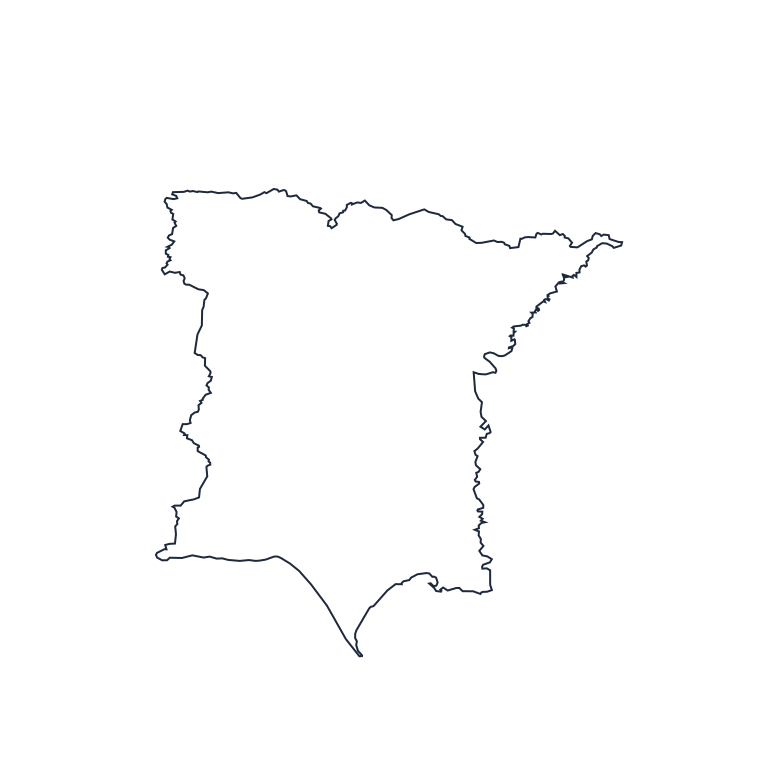 Soanierana Ivongo, Analanjirofo, Madagascar (Equal Earth projection), rotated 71°
{"feature_id": "10022922B56427545477040", "entity_name": "Soanierana Ivongo", "entity_type": "district", "adm_level": 2, "iso_a3": "MDG", "parent_name": "Madagascar", "parent_adm1": "Analanjirofo", "projection": "equal_earth", "projection_center": [49.223, -16.67], "detail": "fine", "context": "isolated", "style": "outline", "palette": "slate", "viewbox_px": 768, "rotation_deg": 71, "n_neighbors": 0, "source": "geoboundaries", "source_scale": "gbopen_adm2", "svg_char_len": 6165}
<svg xmlns="http://www.w3.org/2000/svg" viewBox="0 0 768 768"><g transform="rotate(71 384 384)"><path d="M327.4,112.7L326.2,115.8L320.4,123.5L316.4,123.1L314.3,127.6L314.8,130.4L312.6,131.3L310.2,134.8L311.9,138.4L314.9,140.4L315.0,145.2L317.8,156.6L315.1,162.9L314.0,163.3L311.6,160.2L306.3,162.3L304.3,165.5L302.7,164.9L300.4,166.1L300.5,169.3L294.8,172.4L296.7,175.2L296.6,177.1L293.6,185.1L293.8,186.6L291.2,189.4L291.5,190.8L294.7,193.2L291.9,200.1L291.2,203.3L291.6,206.5L291.0,207.7L298.3,212.3L296.6,220.5L294.2,220.5L291.3,224.2L289.5,224.5L287.9,226.4L286.7,230.5L284.1,233.3L282.3,245.7L280.7,250.9L274.6,256.0L273.4,255.4L270.5,258.8L268.5,258.5L264.0,260.7L260.9,258.5L256.0,264.3L251.1,266.5L248.6,271.6L244.4,273.9L243.5,275.7L241.3,277.0L235.9,285.7L232.0,289.1L231.8,304.9L232.8,316.3L232.3,321.8L229.6,322.8L226.7,321.7L220.2,325.2L216.9,328.2L213.9,335.7L210.3,339.7L204.3,342.4L205.3,346.8L203.6,350.3L203.8,355.8L202.9,355.3L201.9,356.4L202.6,360.9L204.8,361.6L207.3,364.3L206.9,366.1L208.3,366.7L208.2,370.5L210.6,372.7L211.5,375.6L212.8,377.2L217.2,376.4L218.1,377.0L219.6,382.8L217.3,383.5L216.2,385.6L211.8,383.3L211.2,380.0L210.1,380.1L204.0,384.0L200.6,389.4L198.6,389.2L197.6,386.5L196.9,386.9L192.8,393.4L189.6,394.6L188.0,397.0L185.8,397.5L182.0,403.1L177.1,405.4L176.3,411.1L174.9,414.0L169.8,413.8L168.6,414.6L167.9,416.0L167.9,420.7L165.6,421.5L163.7,424.7L165.3,433.0L163.7,434.6L164.6,439.5L164.7,447.7L162.7,457.8L161.5,459.2L155.2,461.5L154.6,464.7L152.1,468.7L149.5,478.7L145.9,484.6L145.3,488.4L141.5,496.8L141.8,497.9L139.3,501.9L138.9,504.8L137.2,506.9L137.2,510.6L133.9,521.1L135.7,522.5L138.5,519.2L141.1,519.0L140.7,522.7L137.3,528.9L137.9,530.5L140.2,532.1L143.0,530.9L146.7,531.3L150.2,528.0L150.9,529.6L152.8,529.6L154.6,527.9L159.6,530.5L162.5,528.1L163.3,529.5L166.9,529.0L167.8,532.6L173.3,535.6L173.5,538.8L175.2,540.8L177.6,539.8L180.9,535.9L183.2,539.3L183.8,544.0L184.6,542.6L185.7,542.5L186.6,546.8L189.8,547.9L191.7,545.9L193.3,546.9L194.6,544.6L196.0,546.1L197.5,545.6L197.7,548.7L199.0,550.3L200.7,549.8L202.5,553.1L202.2,555.7L203.8,556.9L208.9,555.6L207.9,550.0L210.8,545.5L211.6,540.7L214.3,540.8L215.9,538.4L217.4,538.1L219.3,538.1L221.4,540.0L224.1,540.1L225.7,538.7L226.7,535.8L234.0,528.7L236.5,523.9L241.0,521.0L244.9,524.3L246.1,526.5L252.4,529.5L254.8,531.8L269.4,537.2L276.4,544.2L293.0,552.9L295.9,550.7L297.1,547.9L299.8,546.8L301.3,544.7L308.4,547.4L315.3,544.1L317.0,544.3L319.7,547.1L321.3,544.5L324.5,546.7L325.7,550.6L327.6,552.3L330.2,550.7L332.4,551.7L336.0,550.6L336.1,556.2L338.8,560.1L340.0,560.5L340.1,563.4L342.4,562.7L343.7,566.3L347.9,567.4L349.7,569.2L349.3,572.2L350.7,576.4L354.9,579.3L357.9,579.6L357.8,583.3L356.4,587.4L362.1,591.9L365.9,588.6L367.2,589.7L368.3,586.6L371.2,588.0L374.6,583.9L378.0,583.1L382.1,579.1L383.2,579.3L383.5,580.9L386.8,582.0L393.6,575.8L395.4,576.1L398.6,574.2L400.1,575.1L401.7,574.0L403.7,574.5L403.8,577.5L404.6,578.9L413.8,581.2L423.3,592.2L431.0,595.8L431.2,601.1L429.9,611.1L432.8,615.9L430.8,621.5L431.2,623.8L432.8,622.4L437.5,621.8L441.6,623.7L444.3,621.7L446.3,624.4L449.1,625.0L450.7,627.8L458.3,629.6L466.8,633.6L465.3,639.0L465.0,643.3L469.5,643.5L468.7,645.4L469.8,653.6L471.3,655.3L474.3,655.0L478.5,651.1L480.0,646.5L478.5,643.1L482.7,631.8L483.6,621.0L489.4,611.0L490.4,605.1L494.6,599.1L496.2,593.7L499.7,588.4L504.3,578.0L506.5,569.0L509.5,562.9L510.5,559.1L511.5,553.1L511.4,543.9L512.5,540.7L515.1,538.0L523.1,531.4L533.1,525.1L549.8,518.2L575.0,510.1L612.8,503.1L633.4,495.9L634.1,493.4L633.5,493.1L627.8,495.5L621.9,495.3L618.3,493.4L614.8,494.0L610.7,492.5L607.8,490.2L591.3,471.0L590.4,469.2L590.6,466.2L580.3,448.0L577.0,438.2L579.1,432.4L578.1,432.2L576.9,429.9L577.6,423.9L575.9,421.4L574.8,414.3L576.5,405.7L577.8,402.9L582.1,401.0L582.5,399.3L584.1,397.8L589.1,397.9L591.7,400.2L591.3,402.9L587.6,404.8L587.4,406.2L593.3,402.9L596.7,402.1L598.9,397.7L598.1,397.0L596.7,397.6L595.7,394.4L600.0,391.0L600.4,382.0L601.4,379.2L605.5,377.1L609.0,367.2L613.9,361.2L612.8,359.9L612.8,358.2L614.0,354.0L614.0,349.1L608.4,349.0L594.7,344.3L591.8,346.8L590.6,351.1L588.8,350.8L587.2,349.2L587.1,341.9L584.7,339.1L580.6,342.5L578.1,346.8L572.8,348.2L569.5,342.7L565.5,344.3L562.1,342.9L557.9,343.8L554.3,342.2L551.4,345.6L551.3,341.2L548.6,340.5L547.1,337.1L547.6,333.5L544.8,336.9L543.6,334.6L540.7,337.1L539.0,333.6L536.7,332.6L535.1,336.6L534.0,336.9L533.2,336.1L533.4,330.5L530.7,329.5L524.1,331.6L522.3,333.4L512.6,333.6L510.9,331.9L509.1,326.4L507.5,326.1L506.1,329.0L504.3,329.4L502.0,326.1L498.0,325.7L497.9,323.2L495.9,320.7L490.8,323.5L487.5,323.0L482.7,319.0L480.7,320.5L476.9,320.4L475.6,316.6L471.1,309.2L467.5,311.2L466.1,310.8L467.9,305.4L464.6,303.1L464.8,300.0L464.1,298.8L457.2,298.7L459.8,303.5L455.8,306.7L452.2,299.7L446.8,302.5L441.7,301.7L433.1,297.3L428.5,299.6L420.6,300.2L402.1,295.4L405.4,291.0L407.3,286.6L408.1,284.2L408.3,277.2L409.7,275.0L408.2,273.5L405.6,273.4L397.4,276.8L392.2,280.4L390.9,280.6L388.6,279.0L388.6,273.6L390.7,270.2L394.8,266.5L396.2,263.0L396.3,260.3L394.4,252.8L391.9,251.0L390.9,252.1L390.8,254.3L390.1,254.0L390.2,249.6L389.0,246.9L384.8,245.9L384.2,246.1L384.6,249.6L381.3,248.3L379.7,249.5L379.3,248.4L380.5,245.9L378.1,244.8L377.2,243.0L376.6,244.4L373.8,243.1L372.4,244.5L371.8,242.6L373.4,235.5L373.1,233.4L374.2,230.9L375.7,230.6L375.6,229.0L373.9,229.0L373.5,226.6L371.5,226.9L369.4,224.1L369.0,221.8L366.1,220.6L364.5,221.4L365.7,217.4L364.5,217.7L362.8,215.7L365.0,214.5L364.6,213.3L363.0,213.2L361.3,215.0L360.4,214.6L357.7,206.4L358.9,205.0L356.7,205.2L356.3,204.2L356.9,202.3L358.7,201.0L357.8,200.0L356.4,201.3L354.7,200.9L354.4,199.8L353.2,200.4L352.4,197.6L352.8,190.4L347.6,190.2L344.8,185.4L344.9,183.7L346.3,184.6L347.2,180.9L346.0,182.1L344.2,179.8L341.9,179.3L342.3,176.8L339.7,179.5L338.6,179.3L344.8,170.9L343.2,170.6L342.7,168.9L345.4,167.2L341.6,165.9L342.2,162.8L339.4,161.9L336.8,159.1L337.0,156.2L338.7,155.1L338.1,153.6L334.0,152.8L333.6,150.7L331.5,149.4L329.2,150.3L327.4,144.9L324.9,142.1L324.2,138.4L323.0,137.6L321.9,131.9L323.7,127.7L328.0,123.3L330.1,122.4L330.3,114.7L327.4,112.7Z" fill="none" stroke="#1e293b" stroke-width="2"/></g></svg>